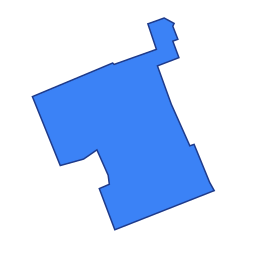 Schuyler, New York, United States of America (Mercator projection), rotated 250°
{"feature_id": "52423323B65441354087785", "entity_name": "Schuyler", "entity_type": "district", "adm_level": 2, "iso_a3": "USA", "parent_name": "United States of America", "parent_adm1": "New York", "projection": "mercator", "projection_center": [-76.828, 42.39], "detail": "fine", "context": "isolated", "style": "filled", "palette": "blue", "viewbox_px": 256, "rotation_deg": 250, "n_neighbors": 0, "source": "geoboundaries", "source_scale": "gbopen_adm2", "svg_char_len": 454}
<svg xmlns="http://www.w3.org/2000/svg" viewBox="0 0 256 256"><g transform="rotate(250 128 128)"><path d="M115.9,51.5L114.0,75.7L118.1,91.3L90.4,93.2L81.5,91.2L80.9,80.3L36.9,80.8L39.7,187.6L49.0,186.1L90.0,184.5L90.1,180.0L135.6,176.8L176.3,176.9L176.7,199.9L194.3,199.8L194.3,205.2L208.3,204.9L210.5,207.1L219.0,199.6L219.1,182.3L192.2,181.6L192.5,136.7L194.3,135.8L190.2,48.9L115.9,51.5Z" fill="#3b82f6" stroke="#1e3a8a" stroke-width="1.5"/></g></svg>